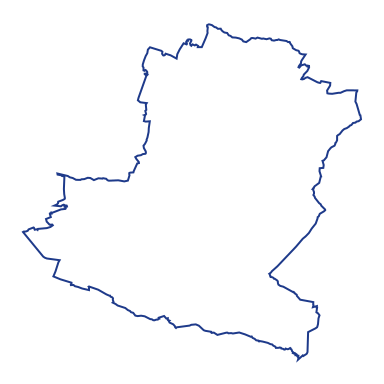 Tamna, Mehedinti, Romania
{"feature_id": "2599482B4127462983922", "entity_name": "Tamna", "entity_type": "district", "adm_level": 2, "iso_a3": "ROU", "parent_name": "Romania", "parent_adm1": "Mehedinti", "projection": "natural_earth1", "projection_center": [23.01, 44.562], "detail": "fine", "context": "isolated", "style": "outline", "palette": "blue", "viewbox_px": 384, "rotation_deg": 0, "n_neighbors": 0, "source": "geoboundaries", "source_scale": "gbopen_adm2", "svg_char_len": 5888}
<svg xmlns="http://www.w3.org/2000/svg" viewBox="0 0 384 384"><path d="M298.1,359.6L302.8,355.4L303.3,356.0L306.3,354.1L306.9,353.5L307.5,352.0L308.1,332.1L315.6,328.3L317.1,327.2L317.4,326.4L318.0,324.1L318.5,318.3L319.5,315.3L318.0,313.3L316.4,312.3L317.1,307.5L316.6,307.4L316.8,306.1L312.9,307.2L313.5,305.1L313.2,304.5L313.3,302.1L300.2,299.7L296.9,295.9L296.7,294.7L294.5,293.2L294.5,292.7L293.6,291.9L293.1,292.1L283.3,286.7L280.3,285.9L278.4,284.6L277.9,283.0L277.8,281.3L277.1,280.4L274.8,278.8L274.1,278.8L273.5,277.9L272.2,277.2L270.6,277.0L270.3,276.6L270.4,275.9L270.0,275.4L269.8,274.3L269.3,273.8L270.9,272.6L271.9,271.2L277.4,266.3L296.1,246.6L302.8,238.7L305.7,236.3L308.9,233.0L311.7,228.6L315.7,223.6L317.5,218.6L317.7,217.1L318.7,216.4L319.8,213.8L324.0,211.3L325.2,210.2L325.1,209.5L321.3,205.7L320.7,204.3L319.1,203.1L315.0,197.9L314.6,196.5L313.4,195.0L314.0,193.7L314.0,192.0L313.1,189.7L313.6,188.5L313.0,188.6L314.7,186.2L319.2,182.9L320.8,176.4L321.4,177.4L319.5,171.2L319.7,168.2L323.3,167.9L323.7,165.0L322.5,160.8L323.8,160.4L326.5,157.3L328.1,151.2L330.3,148.4L331.4,147.3L334.5,145.7L335.2,144.3L335.3,143.1L335.9,142.7L337.1,140.3L337.1,135.9L338.4,134.8L339.6,134.2L342.5,130.5L344.3,129.0L346.8,128.1L349.3,126.4L349.7,125.7L351.4,125.0L353.0,123.0L355.5,122.6L356.5,121.6L358.6,121.2L361.0,119.3L360.4,115.3L359.8,115.0L356.6,104.0L355.4,101.6L356.3,92.6L357.2,91.2L357.3,90.4L346.8,90.3L344.0,91.2L340.5,92.8L338.5,92.8L332.2,93.8L328.7,93.6L327.4,93.3L327.1,90.5L330.1,85.6L330.3,82.9L321.2,81.1L320.3,82.9L319.6,82.9L317.5,82.3L307.6,77.2L305.6,77.8L303.9,79.0L302.3,79.4L301.3,79.2L301.8,78.1L303.4,76.1L303.8,74.6L307.3,71.0L309.1,67.4L309.0,65.9L308.5,65.8L307.6,66.6L307.3,66.5L307.2,65.6L306.2,65.6L304.8,64.3L301.2,65.4L299.3,67.6L298.5,67.2L298.9,66.1L301.0,63.2L301.1,61.6L301.6,60.5L305.6,54.5L302.3,54.3L300.5,53.7L299.6,53.2L298.9,51.2L298.3,50.7L296.2,50.2L292.8,48.2L292.4,46.3L290.1,43.2L289.9,42.2L289.5,41.9L288.1,42.1L286.5,41.0L280.1,40.0L278.7,39.4L277.3,40.0L276.3,40.0L274.0,40.6L271.7,40.2L270.8,38.7L269.4,38.4L266.6,39.2L263.1,38.5L262.0,38.8L257.5,37.6L255.6,38.6L252.7,38.0L251.3,38.1L250.2,39.3L246.2,42.1L243.3,41.4L241.9,39.6L239.3,38.4L235.8,37.6L232.3,37.4L230.5,35.9L228.7,35.3L227.2,33.0L224.4,32.5L222.9,31.5L221.6,30.3L220.7,28.7L217.9,28.8L215.9,27.3L214.6,27.1L211.9,25.1L209.4,24.4L208.6,24.4L207.1,25.2L207.1,26.7L207.8,27.2L207.4,31.1L207.6,33.0L205.7,38.1L201.8,47.1L197.8,47.1L198.1,45.9L196.0,44.6L194.8,45.4L192.5,44.4L191.3,45.8L190.5,45.1L190.0,43.4L191.4,40.7L191.3,40.0L190.0,39.4L188.2,39.5L187.9,40.8L187.1,40.4L186.2,41.8L186.3,42.4L187.3,43.1L185.4,42.5L186.9,43.7L186.9,44.0L186.6,44.4L183.6,43.3L179.7,49.4L177.3,54.2L176.6,58.6L170.6,55.3L165.6,53.7L164.8,55.1L163.8,55.5L163.1,55.3L162.1,53.8L162.4,51.7L161.3,50.8L150.0,47.3L147.9,49.6L147.3,53.2L145.7,56.0L144.0,60.4L142.8,64.4L142.7,66.4L143.5,67.5L143.5,70.4L144.5,70.8L145.3,70.0L146.2,70.5L147.2,71.9L147.3,73.4L144.7,73.7L144.7,74.1L145.8,75.1L147.0,75.2L146.3,75.9L138.5,97.9L137.9,100.3L140.3,102.3L146.7,103.1L145.8,104.6L146.3,109.9L145.3,110.9L146.1,114.0L145.6,114.7L144.4,115.1L145.0,115.4L143.9,121.1L145.7,121.6L149.8,121.3L148.8,128.0L148.6,132.0L147.4,137.6L146.6,139.6L146.7,140.5L145.0,143.8L143.5,145.7L143.9,148.1L145.7,151.3L145.9,152.6L145.7,153.5L145.3,153.8L142.8,154.1L140.9,155.2L137.6,155.7L135.3,157.1L136.3,158.9L138.8,162.0L138.9,163.1L137.2,163.5L133.8,171.0L133.4,172.4L130.4,172.6L129.4,172.9L129.2,173.9L129.5,175.3L127.9,180.6L124.3,181.4L118.3,180.3L108.9,180.7L107.5,180.2L106.2,178.8L103.0,178.2L102.5,178.6L98.4,178.3L93.9,180.1L90.3,178.0L87.7,177.8L84.3,179.1L81.4,179.3L80.5,179.9L76.0,179.8L72.7,178.0L69.8,177.3L67.8,176.0L57.4,173.5L57.6,174.6L62.5,175.5L62.3,176.0L64.4,176.5L63.9,189.0L64.2,194.1L64.9,198.2L64.6,199.0L62.8,200.0L58.2,201.7L58.0,203.3L56.9,204.5L54.4,205.6L60.9,206.3L62.4,205.2L63.8,204.7L65.2,205.5L64.6,205.8L64.5,206.3L65.6,206.2L66.2,205.5L66.7,205.6L67.0,206.6L65.1,207.3L65.7,208.5L65.4,208.9L61.0,209.4L52.4,212.7L51.6,212.5L51.7,213.6L50.9,213.7L50.6,213.1L50.2,213.3L50.5,213.9L49.9,214.1L50.8,217.1L46.0,219.0L46.7,221.6L49.6,224.7L52.3,224.6L52.8,225.3L50.4,227.0L46.8,228.1L38.0,228.9L37.6,229.9L36.9,229.3L34.7,229.7L33.9,227.7L33.5,227.5L28.6,229.4L27.7,230.8L27.2,231.0L25.8,231.5L23.6,231.6L23.0,232.0L43.2,256.6L44.8,257.7L46.9,258.5L59.6,260.2L58.4,262.3L55.5,271.4L53.4,276.4L60.4,279.3L71.5,282.7L71.5,283.5L70.8,284.7L70.9,285.1L73.5,285.0L74.9,286.2L78.2,287.0L82.1,288.5L89.0,290.1L89.0,288.1L89.4,287.4L88.7,286.7L89.0,286.5L98.2,289.7L106.4,294.4L109.4,295.7L110.1,295.7L110.6,296.7L112.2,297.3L113.0,298.3L112.8,299.8L113.5,301.8L112.7,302.6L115.6,304.0L117.6,305.5L125.3,308.0L127.9,310.1L130.0,311.0L131.0,312.2L133.2,312.8L135.3,315.6L137.6,316.1L141.1,315.7L144.7,316.3L150.2,319.1L151.9,319.3L153.2,320.2L154.4,320.3L156.4,319.6L157.8,319.6L158.1,319.1L159.3,318.7L158.8,317.7L164.1,316.0L166.4,318.6L167.8,318.2L167.9,320.0L169.4,320.6L168.8,321.1L169.6,322.6L173.2,324.3L174.9,326.2L175.2,327.3L176.0,328.0L176.7,327.3L189.6,325.6L191.3,324.8L195.8,324.4L198.9,325.7L203.7,330.2L205.3,330.8L211.2,331.8L211.2,332.5L211.6,332.9L213.8,332.6L217.4,334.9L226.2,332.7L227.6,332.7L228.4,333.3L231.2,333.1L232.9,333.5L239.2,332.5L245.1,334.4L250.9,336.8L251.7,336.5L252.6,337.9L254.6,338.8L256.2,340.3L258.4,340.6L258.7,341.3L259.2,341.4L259.5,341.0L262.8,341.6L267.9,342.9L270.3,344.1L272.3,344.5L273.2,345.6L275.4,346.7L275.9,347.9L279.0,347.8L279.5,347.5L280.8,347.7L281.2,348.0L281.3,348.5L283.2,348.9L284.2,349.6L285.0,349.5L285.6,348.6L287.4,349.2L288.4,349.1L290.2,348.0L290.6,348.3L290.7,349.0L291.5,349.5L292.2,351.4L293.3,352.4L292.9,353.1L294.0,353.6L294.8,353.1L295.9,353.9L295.3,354.1L295.4,355.2L296.5,355.2L297.1,356.0L297.5,355.5L298.4,355.7L298.2,357.6L298.4,358.6L298.1,359.6Z" fill="none" stroke="#1e3a8a" stroke-width="2"/></svg>